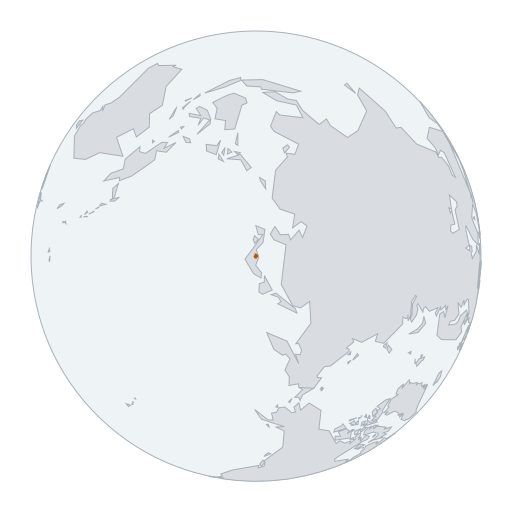 the Earth from above Toyama, rotated 134°
{"feature_id": "JPN-1846", "entity_name": "Toyama", "entity_type": "Prefecture", "adm_level": 1, "iso_a3": "JPN", "parent_name": "Japan", "parent_adm1": "", "projection": "orthographic", "projection_center": [137.15, 36.624], "detail": "fine", "context": "on_globe", "style": "filled", "palette": "amber", "viewbox_px": 512, "rotation_deg": 134, "n_neighbors": 0, "source": "natural_earth", "source_scale": "10m", "svg_char_len": 11973}
<svg xmlns="http://www.w3.org/2000/svg" viewBox="0 0 512 512"><g transform="rotate(134 256 256)"><circle cx="256" cy="256" r="225" fill="#eef3f6" stroke="#a8b0b8"/><path d="M403.2,400.7L403.1,401.7L402.9,402.0L403.2,400.7ZM440.7,127.0L438.0,125.3L443.8,131.5L447.3,137.0L445.9,135.5L443.4,131.7L437.9,127.2L437.2,129.9L425.9,124.0L404.7,108.5L406.9,107.3L401.5,104.2L398.4,105.9L397.7,107.8L374.9,104.0L362.2,114.2L365.3,123.1L359.1,117.1L369.6,138.6L367.3,150.4L365.6,133.7L362.1,129.6L358.3,135.6L353.9,132.7L349.5,134.2L344.6,130.4L344.0,121.6L340.8,119.2L338.3,123.7L331.8,123.2L335.9,116.9L324.9,115.6L321.9,102.0L336.9,90.4L331.0,81.9L335.2,68.1L330.5,67.2L329.1,62.2L323.2,59.4L325.7,58.2L318.9,57.2L317.8,58.9L314.4,59.1L310.8,57.8L313.3,55.8L315.5,56.2L314.4,55.0L317.1,54.6L313.7,54.1L317.2,52.2L308.5,52.2L306.9,49.3L310.6,48.5L317.0,51.0L341.6,57.2L347.4,58.3L349.0,56.7L337.8,48.3L341.3,48.9L341.1,47.9L336.0,46.1L334.4,46.4L324.9,43.5L324.0,44.8L320.1,44.0L316.4,44.9L309.7,42.4L305.0,39.7L307.7,39.0L305.8,38.1L297.3,37.1L296.5,35.1L286.1,32.8L286.4,32.8L303.1,35.7L319.5,39.8L335.5,45.2L351.1,51.8L366.1,59.5L380.5,68.3L394.3,78.1L407.2,89.0L419.3,100.8L430.5,113.5L440.7,127.0ZM452.4,246.7L450.5,242.7L452.9,243.0L452.4,246.7ZM448.5,241.7L449.3,242.8L448.4,242.2L448.5,241.7ZM447.2,242.3L448.1,241.9L447.3,242.9L447.2,242.3ZM445.8,243.7L446.5,242.8L446.5,243.1L445.8,243.7ZM442.9,244.5L442.1,244.5L442.6,243.2L442.9,244.5ZM398.0,109.3L398.8,106.3L403.3,106.1L403.1,108.8L398.0,109.3ZM388.9,110.5L388.0,108.0L394.1,110.8L392.7,111.3L388.9,110.5ZM368.5,130.4L370.0,127.2L370.1,131.4L368.5,130.4ZM349.8,135.1L350.8,137.0L348.1,137.0L349.8,135.1ZM320.4,46.3L318.5,45.6L320.1,45.8L320.4,46.3ZM320.6,47.5L323.9,48.2L324.5,48.9L322.5,48.4L320.6,47.5ZM338.1,131.4L333.5,131.1L338.1,129.8L338.1,131.4ZM316.4,46.5L325.2,50.1L326.2,51.3L319.2,50.8L316.4,46.5ZM330.7,129.9L319.6,129.7L320.8,133.8L311.0,122.6L323.7,126.1L329.2,123.8L328.1,127.2L330.7,129.9ZM319.0,60.0L320.0,58.1L322.4,61.0L319.0,60.0ZM321.4,61.8L333.7,71.3L330.4,73.8L326.9,69.9L325.3,74.6L317.6,71.1L316.8,67.8L320.5,66.7L314.7,66.3L321.4,61.8ZM307.4,116.7L304.6,115.6L307.4,115.1L307.4,116.7ZM313.3,59.4L316.0,61.0L313.4,63.2L307.3,60.6L310.1,60.7L313.3,59.4ZM328.6,77.7L325.6,79.1L318.5,76.6L316.4,76.9L317.2,71.3L328.6,77.7ZM308.9,59.5L304.3,59.3L302.3,57.2L310.3,58.2L308.9,59.5ZM315.2,64.9L313.7,66.0L312.6,64.5L315.2,64.9ZM292.6,50.1L296.0,51.5L294.9,52.7L292.6,50.1ZM302.7,59.4L303.4,60.1L303.4,60.9L300.0,60.3L302.7,59.4ZM312.1,70.1L309.8,68.9L311.5,72.2L306.2,70.8L307.7,67.4L304.9,68.3L303.3,67.9L306.3,65.6L312.1,70.1ZM296.4,62.1L296.5,57.8L290.4,54.8L291.3,53.5L300.9,58.7L296.4,62.1ZM302.0,64.3L298.7,62.6L301.4,61.7L305.2,62.4L302.0,64.3ZM302.2,71.1L309.8,74.2L309.2,74.9L302.2,71.1ZM294.2,61.3L294.2,62.4L293.4,61.2L294.2,61.3ZM299.1,68.2L301.9,69.1L301.2,69.9L299.1,68.2ZM292.0,64.0L292.0,62.5L294.6,62.8L292.0,64.0ZM294.8,66.1L293.1,66.9L295.5,63.8L296.2,66.3L294.8,66.1ZM298.0,68.8L298.5,69.5L296.9,68.3L298.0,68.8ZM282.1,64.0L284.4,60.1L290.2,60.6L287.1,64.3L282.1,64.0ZM84.7,109.7L85.3,109.1L72.3,127.1L68.1,136.3L78.6,127.5L85.7,112.0L93.6,103.9L93.4,111.4L88.2,126.3L91.1,123.7L100.0,110.4L104.6,110.5L103.8,105.7L99.8,110.1L99.2,107.5L102.8,103.5L104.3,103.4L107.5,98.6L99.6,100.7L94.8,105.4L99.6,96.6L92.0,103.8L91.2,103.6L103.8,91.4L107.0,89.2L125.7,74.1L122.8,75.4L105.0,90.1L107.9,87.1L103.9,90.1L109.3,85.6L129.5,70.1L137.7,64.3L150.6,56.9L152.0,56.2L163.9,50.5L157.9,53.5L160.7,52.4L155.3,55.5L156.2,57.0L152.0,60.3L160.4,58.6L159.4,60.4L154.7,60.7L149.2,63.1L139.7,72.9L140.3,74.1L146.5,72.4L143.2,75.7L150.4,72.9L149.0,78.6L156.8,69.7L164.4,68.4L167.9,71.0L171.8,69.3L166.0,65.1L162.5,65.1L157.1,67.4L148.6,67.0L150.1,64.3L164.4,59.4L168.0,55.3L177.5,54.0L187.4,64.6L187.3,70.8L170.1,83.5L165.4,82.5L169.3,77.2L158.3,83.3L162.7,82.2L159.9,85.2L166.4,85.5L164.8,87.7L173.9,84.5L172.5,87.3L166.8,89.2L175.3,92.9L174.7,99.0L177.4,98.9L180.5,97.0L177.7,106.5L179.9,106.0L181.6,102.7L187.0,99.6L195.4,98.2L194.0,101.6L190.7,102.5L181.8,110.0L173.4,112.5L173.7,113.8L180.6,112.5L191.5,103.3L197.0,101.6L192.5,106.1L194.6,104.3L196.8,104.5L197.8,108.0L203.0,103.3L230.0,103.4L234.5,110.9L227.4,114.5L244.7,120.0L248.4,129.3L250.0,125.9L259.4,127.2L258.4,124.2L259.8,122.8L283.5,126.1L287.9,129.9L299.9,128.8L300.7,127.3L298.1,124.2L311.0,122.6L320.8,133.8L318.4,136.6L326.2,142.3L319.7,148.2L317.9,156.0L306.3,160.1L305.9,166.4L309.0,168.0L310.7,178.3L303.6,195.1L295.7,174.5L303.7,150.6L299.2,159.4L296.2,155.6L292.1,157.8L289.3,164.5L291.5,166.4L266.2,169.8L251.4,185.9L262.3,187.9L266.2,195.1L258.9,218.1L227.1,242.2L231.9,254.4L230.2,261.0L221.6,262.9L223.8,253.2L217.8,247.7L220.4,242.3L207.4,243.0L210.5,235.3L198.9,240.1L200.0,247.4L210.3,249.2L198.9,257.3L205.6,271.3L203.1,284.6L180.7,301.5L162.9,302.2L161.1,305.7L155.7,298.7L145.9,303.0L153.8,329.6L152.6,335.7L138.0,341.7L138.2,337.0L124.0,318.4L119.3,331.6L130.0,349.2L133.6,364.7L124.5,356.2L121.1,342.2L116.1,335.2L118.9,323.4L117.5,301.9L108.4,300.6L110.5,293.1L107.2,272.5L95.0,269.8L74.7,277.2L69.5,294.9L63.5,298.3L62.0,263.6L66.6,244.0L62.7,241.3L63.9,218.3L56.3,199.0L58.2,192.9L56.1,191.2L57.4,180.5L61.5,171.2L60.9,167.3L50.9,192.3L51.9,196.8L56.8,194.9L53.5,202.4L52.6,214.6L43.0,220.6L36.6,208.1L41.0,193.7L61.9,145.3L64.1,142.6L64.4,142.2L64.9,141.3L61.7,144.9L67.0,136.4L50.5,166.0L45.5,176.9L36.5,208.4L36.1,209.1L34.7,217.4L36.2,227.4L35.1,231.6L31.3,244.1L30.9,246.0L32.3,229.5L34.8,213.1L38.6,197.0L43.5,181.2L49.6,165.7L56.8,150.8L65.1,136.4L74.4,122.7L84.7,109.7ZM77.6,149.5L77.8,159.3L86.5,147.9L87.3,150.9L90.0,146.1L87.2,147.1L95.0,135.1L98.3,137.3L102.8,133.5L102.9,130.1L95.6,128.2L84.4,145.0L80.5,145.8L77.6,149.5ZM181.6,44.9L177.0,46.6L175.0,46.8L180.4,44.1L183.4,43.6L181.6,44.9ZM171.0,49.1L183.7,45.9L180.9,47.9L180.3,47.2L177.2,48.9L175.4,48.3L160.3,54.1L157.6,54.8L169.0,48.5L166.8,49.9L171.4,48.0L171.0,49.1ZM221.0,38.8L226.4,38.7L213.3,43.0L209.7,42.6L214.8,39.5L222.0,38.1L221.0,38.8ZM302.3,45.5L305.2,46.2L304.5,46.6L301.4,46.3L302.3,45.5ZM294.3,50.7L288.7,43.4L291.8,43.7L284.8,39.8L290.2,39.1L294.6,41.5L293.5,38.5L299.6,40.4L298.0,38.4L307.0,43.8L312.5,45.9L304.4,43.7L299.2,44.2L298.7,45.0L301.0,49.1L310.2,54.3L306.6,56.0L301.6,55.9L298.8,54.9L302.0,54.0L296.1,53.4L298.6,51.3L294.3,50.7ZM245.3,60.9L250.2,59.0L238.6,59.8L241.1,56.7L239.6,57.0L238.7,54.6L235.1,52.3L237.2,51.1L234.8,50.8L234.2,49.3L231.7,48.6L234.6,46.4L231.8,45.4L234.8,44.9L229.2,43.9L234.7,43.8L234.4,42.3L229.2,43.2L251.0,35.8L255.9,33.7L257.0,32.3L266.3,32.9L271.3,35.0L272.8,38.2L266.8,40.5L272.1,40.7L270.8,42.0L267.1,41.3L271.9,43.2L269.9,44.1L271.3,48.6L279.5,51.3L280.2,53.3L276.0,52.7L279.6,55.1L272.1,55.5L272.4,57.0L265.4,59.2L257.0,57.6L258.0,59.5L252.6,61.6L245.3,60.9ZM279.9,64.5L269.3,62.7L265.4,60.4L279.4,57.7L280.1,56.3L288.9,55.0L294.3,58.6L291.3,58.6L289.6,59.4L288.6,57.9L288.2,59.8L284.0,59.9L282.5,61.5L279.5,60.4L279.9,64.5ZM110.1,84.4L107.9,86.3L105.3,88.8L102.7,90.9L110.1,84.4ZM122.0,74.9L123.7,73.6L122.3,74.7L117.8,78.1L122.0,74.9ZM125.8,72.5L122.7,74.5L125.7,72.4L125.8,72.5ZM153.8,61.8L152.8,63.2L151.1,63.8L149.7,63.8L153.8,61.8ZM211.5,64.6L214.9,63.4L215.6,64.0L223.6,63.7L222.3,66.3L217.1,67.4L211.5,64.6ZM77.4,126.8L76.1,126.3L77.9,123.8L78.0,124.4L77.4,126.8ZM88.2,107.1L83.7,112.9L87.5,107.6L88.2,107.1ZM211.5,67.3L214.9,66.8L212.2,68.5L211.5,67.3ZM221.9,68.2L219.4,70.1L223.1,66.5L221.9,68.2ZM186.7,411.9L193.5,414.3L193.3,415.0L186.7,411.9ZM179.5,407.5L187.1,409.7L178.4,408.8L179.5,407.5ZM190.1,410.5L197.8,410.9L201.1,410.4L200.6,411.9L190.1,410.5ZM174.5,406.1L148.2,397.0L138.2,391.0L140.3,389.0L156.5,396.0L174.5,406.1ZM139.5,388.6L124.5,373.8L106.4,338.4L112.8,342.5L132.3,368.0L131.0,370.0L140.0,380.6L139.5,388.6ZM176.8,386.5L175.5,393.8L160.7,388.5L154.1,384.9L149.6,373.1L152.1,368.8L157.4,370.9L179.4,359.5L186.8,366.2L179.7,372.0L185.8,380.8L176.8,386.5ZM69.8,297.3L71.5,311.2L68.5,310.4L69.8,297.3ZM189.6,348.9L179.9,354.7L189.1,345.9L189.6,348.9ZM195.7,339.7L195.7,344.1L192.6,339.0L195.7,339.7ZM159.7,311.7L154.1,310.6L154.5,307.4L162.0,307.0L159.7,311.7ZM201.0,295.7L198.8,305.1L197.0,307.9L195.5,301.5L201.0,295.7ZM206.0,91.9L196.3,89.1L188.5,89.5L182.8,93.3L186.6,87.1L198.6,86.4L206.0,91.9ZM227.2,101.4L232.1,98.7L232.8,101.1L231.8,102.0L227.2,101.4ZM228.1,98.9L228.8,93.4L233.4,92.7L232.0,97.1L228.1,98.9ZM219.7,79.2L216.9,78.1L219.2,76.7L219.7,79.2ZM353.5,457.7L357.3,456.4L351.3,459.7L342.4,463.9L332.8,467.4L353.5,457.7ZM281.3,476.8L278.6,474.9L288.9,474.0L286.7,476.0L281.3,476.8ZM359.8,454.2L365.1,450.4L364.8,448.1L366.9,449.5L373.8,446.4L359.8,455.2L359.8,454.2ZM236.5,464.5L195.6,463.8L185.8,460.6L186.6,458.3L174.3,446.0L177.4,447.1L173.3,439.1L196.5,438.4L212.6,428.1L227.5,431.4L237.5,422.3L253.5,424.7L249.7,432.6L267.5,438.8L276.7,421.0L290.2,440.2L304.9,445.7L312.2,454.9L295.8,469.9L283.9,472.9L280.4,472.1L275.8,473.4L266.8,473.0L259.4,469.0L255.0,470.1L258.2,467.0L252.3,469.6L246.5,466.5L236.5,464.5ZM351.6,430.7L354.7,430.5L360.2,432.0L355.3,432.7L351.6,430.7ZM395.7,407.5L397.6,408.1L394.3,409.9L395.7,407.5ZM402.9,402.0L398.9,404.3L403.2,400.7L402.9,402.0ZM364.6,417.4L366.3,418.1L365.1,418.8L364.6,417.4ZM363.3,417.3L364.7,415.1L364.8,416.9L363.3,417.3ZM347.9,410.0L349.5,408.7L350.4,409.4L347.9,410.0ZM203.5,416.6L212.7,412.9L218.0,413.4L203.5,416.6ZM345.2,408.2L341.0,408.7L341.3,407.5L345.2,408.2ZM345.2,405.7L344.6,404.2L347.6,407.4L345.2,405.7ZM336.8,403.3L342.2,405.4L336.3,403.7L336.8,403.3ZM333.8,404.1L330.1,403.2L330.3,402.7L333.8,404.1ZM294.2,408.7L307.8,417.6L297.4,417.8L285.5,412.0L277.2,417.3L257.8,415.4L261.9,412.3L259.0,406.8L239.7,402.7L235.8,398.6L242.4,397.0L230.0,392.4L243.6,392.6L249.4,400.7L257.1,395.7L271.1,398.2L285.1,401.1L296.8,406.6L294.2,408.7ZM244.1,408.8L246.5,409.1L244.5,411.0L244.1,408.8ZM323.0,399.9L328.4,402.9L327.8,403.8L325.2,403.6L323.0,399.9ZM299.4,405.3L311.8,399.0L314.9,398.9L306.7,406.0L299.4,405.3ZM308.6,395.2L314.6,395.8L317.9,399.0L316.7,400.0L308.6,395.2ZM216.4,398.0L215.9,399.9L212.5,397.7L216.4,398.0ZM220.7,397.5L231.3,401.4L219.8,399.1L220.7,397.5ZM190.3,383.8L193.1,389.5L202.2,388.4L195.3,391.4L201.8,400.7L199.8,403.2L193.3,393.2L191.5,401.5L187.5,400.4L185.0,392.2L188.9,383.8L192.9,380.9L209.5,383.0L190.3,383.8ZM220.6,391.5L217.9,385.2L219.9,381.7L222.9,385.3L220.6,391.5ZM210.3,369.4L203.8,360.8L197.3,362.0L210.8,355.0L214.8,364.4L210.3,369.4ZM205.5,352.5L199.4,353.6L206.0,349.2L205.5,352.5ZM198.1,350.8L198.0,345.6L202.5,347.4L198.1,350.8ZM208.6,353.4L210.6,345.1L212.4,350.7L208.6,353.4ZM197.4,333.8L206.3,344.5L193.8,337.8L195.6,320.9L201.0,321.9L197.4,333.8ZM242.3,271.1L242.2,265.8L247.8,265.6L246.3,269.3L242.3,271.1ZM266.0,261.7L249.3,263.9L235.9,266.1L239.1,269.2L234.3,277.2L230.6,268.1L241.5,260.3L251.3,260.3L254.7,253.3L263.0,249.7L264.2,240.4L268.4,237.1L270.4,245.6L266.0,261.7ZM264.2,236.5L269.2,220.7L278.9,224.6L279.9,228.9L273.6,234.4L268.9,231.9L264.2,236.5ZM273.3,218.2L268.8,215.9L266.6,191.1L268.6,187.0L275.3,207.1L271.4,206.1L270.2,211.7L273.3,218.2ZM304.4,117.5L304.6,115.8L306.3,117.6L304.4,117.5ZM259.1,121.2L261.4,119.6L263.3,121.5L259.1,121.2ZM268.8,116.3L265.0,115.2L269.6,114.9L268.8,116.3ZM256.3,113.2L263.8,114.1L255.8,115.3L256.3,113.2Z" fill="#d9dde1" stroke="#a8b0b8" stroke-width="1"/><path d="M255.7,254.7L255.6,254.8L255.5,255.0L255.7,255.3L255.8,255.3L256.0,255.5L256.3,255.4L256.5,255.5L256.6,255.4L256.8,255.2L256.8,254.9L257.1,254.7L257.4,254.6L257.5,254.6L257.6,254.8L257.8,255.4L257.8,255.8L257.8,256.0L257.7,256.2L257.7,256.3L257.6,256.5L257.5,256.8L257.4,256.9L257.3,257.0L257.2,256.9L256.8,256.8L256.7,256.7L256.5,256.8L256.4,256.8L256.4,256.7L256.2,256.8L256.0,256.7L256.0,256.8L255.9,256.8L255.8,257.0L255.7,257.0L255.5,257.3L255.4,257.4L255.4,257.2L255.2,257.1L255.0,257.3L254.9,257.3L254.8,257.2L254.8,256.9L254.8,256.7L254.8,256.4L254.8,256.1L254.9,255.8L254.8,255.7L255.0,255.3L255.0,255.2L255.1,254.9L255.3,254.8L255.5,254.7L255.7,254.7Z" fill="#f59e0b" stroke="#b45309" stroke-width="1.5"/></g></svg>